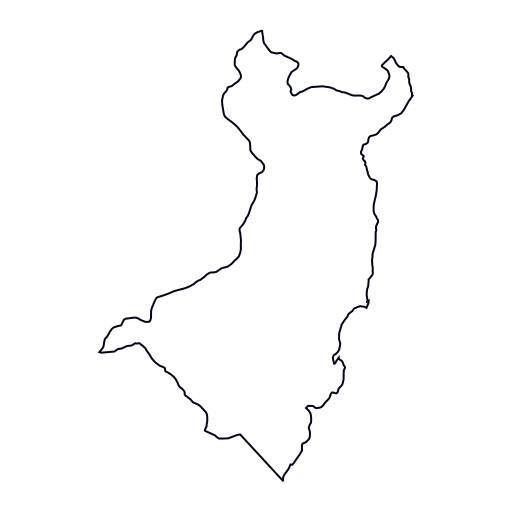 Colón, Putumayo, Colombia
{"feature_id": "7082276B98098551259160", "entity_name": "Colón", "entity_type": "district", "adm_level": 2, "iso_a3": "COL", "parent_name": "Colombia", "parent_adm1": "Putumayo", "projection": "mercator", "projection_center": [-76.958, 1.225], "detail": "fine", "context": "isolated", "style": "outline", "palette": "ink", "viewbox_px": 512, "rotation_deg": 0, "n_neighbors": 0, "source": "geoboundaries", "source_scale": "gbopen_adm2", "svg_char_len": 5994}
<svg xmlns="http://www.w3.org/2000/svg" viewBox="0 0 512 512"><path d="M99.4,352.1L101.3,352.7L114.6,351.5L115.4,350.9L115.9,350.4L118.0,349.1L118.6,348.9L121.4,348.6L126.8,346.1L128.0,345.9L131.2,345.6L132.4,345.1L135.1,343.3L137.3,343.5L139.1,343.2L139.7,343.4L141.2,344.7L142.8,345.8L145.3,348.2L146.9,351.0L149.0,353.8L152.1,358.9L155.2,362.3L159.7,365.7L162.1,366.7L162.6,366.7L164.4,367.7L164.9,368.4L165.1,369.3L165.2,370.8L165.6,371.4L167.9,372.5L171.3,374.7L173.7,376.7L175.4,378.7L177.5,382.5L178.8,385.7L179.5,386.7L182.0,388.7L184.2,391.1L184.7,392.6L184.6,394.3L185.2,395.4L186.6,396.3L190.5,399.4L193.0,402.3L194.9,403.2L196.1,403.6L198.6,404.9L200.4,406.3L205.8,412.0L206.8,414.0L207.2,416.2L207.3,420.8L206.6,425.1L206.5,426.5L205.1,429.3L204.8,430.7L215.2,435.5L215.6,435.8L216.7,437.0L218.9,438.5L224.4,438.5L228.4,438.3L237.4,434.9L240.2,434.5L283.4,481.3L282.9,480.0L283.4,476.5L284.5,474.5L288.5,469.0L290.5,464.5L292.0,464.8L293.7,463.2L295.0,461.1L299.8,454.3L300.8,452.5L302.0,450.7L301.9,445.5L302.7,443.5L304.4,442.9L306.0,442.1L308.1,440.0L309.2,438.8L309.8,436.7L310.0,433.5L309.8,431.7L309.6,430.3L308.9,428.7L308.8,427.5L309.6,425.0L310.9,422.8L311.2,420.2L311.1,416.8L310.6,413.8L309.0,410.9L306.0,408.0L308.1,405.9L311.0,405.9L313.0,406.1L313.8,406.5L315.1,407.7L316.3,408.1L319.7,407.7L321.4,407.0L323.0,405.5L325.4,402.3L329.0,398.6L329.8,396.9L330.9,393.8L331.3,393.2L331.8,392.7L332.4,392.4L333.1,392.5L334.9,393.2L335.8,393.3L336.5,393.2L337.0,392.8L337.7,392.0L338.5,389.2L338.8,388.4L341.6,385.5L342.5,384.0L343.6,379.4L343.7,371.1L343.9,370.2L344.9,368.1L345.0,367.1L343.6,365.0L342.7,362.3L341.7,360.8L339.0,359.1L338.8,357.6L336.3,361.1L335.8,362.2L334.9,363.4L334.2,363.7L333.8,362.5L332.9,358.3L332.9,357.2L333.9,355.1L335.6,354.1L337.9,351.9L339.2,349.5L340.3,343.8L339.6,341.1L339.2,339.9L339.0,338.4L339.2,333.9L339.4,332.3L340.3,329.2L341.3,326.4L341.5,324.9L343.7,321.4L347.5,316.4L348.1,314.8L348.8,313.7L352.3,311.0L354.0,308.7L354.7,308.2L355.5,308.0L356.9,307.3L359.7,306.3L360.2,306.2L364.2,306.7L366.5,307.8L367.4,305.8L367.9,304.3L368.1,304.1L368.5,302.5L368.6,300.7L367.2,301.5L367.4,300.6L367.2,298.0L366.7,295.6L366.7,293.2L367.2,288.8L368.1,286.6L368.6,281.6L368.6,279.4L370.0,277.9L370.9,276.6L371.9,275.7L372.7,274.1L372.7,267.3L372.3,265.1L372.0,259.7L372.4,257.8L372.6,253.7L375.2,245.3L375.4,243.9L375.6,241.4L375.7,232.0L376.3,230.3L376.0,228.1L376.1,226.0L376.8,224.8L377.1,223.7L378.0,222.5L377.9,219.7L377.0,218.7L376.3,216.8L374.9,214.8L374.3,213.5L373.7,211.6L373.6,210.0L373.7,204.7L375.9,195.3L376.7,190.1L377.0,183.8L376.7,181.5L375.7,180.8L374.1,179.9L372.6,179.6L370.9,178.9L369.8,177.8L368.0,174.1L367.7,172.1L366.9,169.6L366.6,168.0L366.2,166.3L365.1,165.0L365.4,162.8L365.3,162.1L364.9,161.3L364.0,160.5L362.9,159.1L362.9,158.1L363.7,156.6L363.7,156.0L361.3,154.0L361.0,152.9L360.9,152.1L362.2,149.1L362.5,147.2L363.0,145.4L363.7,144.6L365.8,144.0L367.6,142.8L368.1,141.6L368.5,138.7L368.9,137.7L369.5,136.8L370.3,136.1L374.5,135.1L376.6,134.2L377.9,133.1L380.8,129.4L384.9,126.7L387.0,124.8L390.3,122.4L391.4,120.5L392.1,118.0L392.6,117.1L394.3,116.2L397.4,115.3L401.1,113.4L403.5,110.4L408.9,100.9L412.6,95.7L412.0,95.3L412.0,93.1L411.1,91.2L411.1,88.5L410.9,87.3L410.4,85.6L409.3,83.2L409.1,79.0L408.9,78.1L408.3,77.4L408.4,74.3L408.2,73.3L407.2,71.9L403.8,68.2L403.4,67.5L403.3,67.0L400.5,67.0L399.1,66.6L397.6,65.1L395.9,62.8L394.6,59.8L393.7,58.2L391.1,56.0L388.2,59.3L384.5,62.7L382.1,65.1L381.8,65.9L382.1,66.6L387.1,70.0L388.1,71.7L389.3,74.8L389.4,77.0L388.8,79.0L386.5,82.7L384.8,86.9L383.4,89.2L381.1,91.8L378.8,93.7L370.7,97.4L369.5,98.2L367.8,98.6L366.2,98.3L364.5,97.5L363.5,96.5L362.0,95.9L360.3,95.5L354.8,95.6L352.2,95.3L345.9,92.8L343.9,92.3L341.9,92.2L339.4,91.0L337.9,90.8L336.0,90.1L334.2,88.9L330.1,87.4L322.5,86.3L311.2,87.1L307.0,88.9L304.8,90.2L302.2,91.5L299.9,92.2L298.1,93.6L295.9,95.1L294.2,95.5L292.5,95.0L291.3,93.2L290.6,91.3L291.3,89.3L290.7,87.6L289.7,85.9L287.8,84.0L287.5,81.6L288.1,78.8L289.0,76.6L291.4,72.1L296.9,68.4L298.3,65.9L298.4,63.6L297.1,61.8L295.0,61.0L291.9,59.0L284.4,55.6L281.0,52.9L278.9,53.1L276.6,53.5L271.2,52.3L269.5,50.6L264.2,43.4L263.5,41.4L263.1,38.9L263.1,37.4L262.5,34.1L262.2,32.2L262.2,31.0L261.7,30.7L260.8,31.0L257.5,32.2L254.9,33.6L253.3,35.5L251.3,39.4L250.3,40.4L247.4,42.6L244.3,46.5L241.7,49.0L239.4,49.8L237.3,51.7L236.6,55.5L235.3,57.5L234.9,59.4L234.7,64.5L234.8,65.2L236.0,67.3L238.9,70.8L240.1,73.1L240.7,74.6L240.9,76.1L240.9,77.1L240.7,78.1L237.9,81.5L234.4,83.9L232.1,85.8L231.0,86.3L228.1,87.2L227.6,87.8L227.2,89.5L226.6,90.7L224.1,93.5L223.3,94.9L222.8,96.6L222.0,100.9L222.4,105.5L223.8,113.8L224.5,115.7L225.0,116.6L226.6,118.1L228.4,119.6L231.5,121.8L235.3,125.0L236.9,126.5L238.8,128.6L243.2,134.5L249.1,140.6L249.8,142.2L250.1,144.2L250.4,150.4L252.1,153.1L253.7,154.7L255.2,156.6L257.6,159.0L260.8,160.8L263.8,164.8L264.2,166.4L264.1,168.4L263.5,170.3L261.8,172.2L259.4,173.3L258.1,174.2L257.2,175.1L256.7,178.3L257.0,181.8L257.0,185.7L256.6,188.7L256.9,192.7L255.5,197.2L254.7,199.6L253.3,202.3L251.8,204.6L250.5,208.2L249.2,212.5L247.9,215.7L246.0,218.4L245.3,220.6L244.0,223.0L242.2,225.4L240.1,227.8L239.5,229.3L239.7,231.2L240.2,233.2L241.0,240.4L240.8,244.3L240.9,249.1L240.2,252.7L238.9,256.3L236.6,258.9L234.4,260.8L231.6,263.8L230.5,264.7L227.3,266.8L225.4,267.3L223.1,267.8L221.1,268.5L216.3,271.9L213.9,272.4L211.7,272.4L209.6,272.8L206.4,274.8L204.6,276.7L200.1,280.0L197.9,280.8L195.9,282.2L194.0,283.9L189.6,286.4L185.1,288.2L174.5,291.0L168.7,293.5L163.8,295.3L157.3,297.3L156.1,298.3L154.4,301.8L151.8,308.2L151.1,310.7L151.0,317.7L150.6,319.5L150.1,320.8L149.1,321.7L147.5,321.9L145.1,321.8L143.0,320.9L141.5,320.4L139.5,319.3L138.4,318.5L136.7,317.8L134.4,317.6L125.5,318.7L123.9,319.8L121.4,324.9L120.4,325.6L117.9,326.1L113.7,327.4L111.9,329.0L110.2,331.2L107.6,335.8L106.8,337.0L105.7,338.0L104.8,339.3L104.2,342.0L103.5,346.5L102.3,348.6L99.4,352.1Z" fill="none" stroke="#020617" stroke-width="2"/></svg>